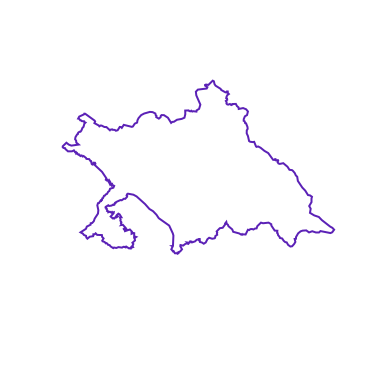 Bandung, Jawa Barat, Indonesia (Mercator projection), rotated 218°
{"feature_id": "22746128B73297609500416", "entity_name": "Bandung", "entity_type": "district", "adm_level": 2, "iso_a3": "IDN", "parent_name": "Indonesia", "parent_adm1": "Jawa Barat", "projection": "mercator", "projection_center": [107.664, -7.063], "detail": "fine", "context": "isolated", "style": "outline", "palette": "violet", "viewbox_px": 384, "rotation_deg": 218, "n_neighbors": 0, "source": "geoboundaries", "source_scale": "gbopen_adm2", "svg_char_len": 6101}
<svg xmlns="http://www.w3.org/2000/svg" viewBox="0 0 384 384"><g transform="rotate(218 192 192)"><path d="M255.0,91.6L252.3,92.0L250.7,91.6L248.5,92.2L247.2,91.1L245.7,90.8L245.0,93.9L242.7,96.3L243.7,98.0L242.7,98.6L242.5,100.1L240.3,99.8L236.5,102.6L235.2,101.3L233.1,101.0L232.8,98.4L232.1,98.1L230.2,98.8L228.3,98.5L228.1,99.0L226.9,99.2L225.7,98.7L224.2,99.4L222.7,99.0L219.5,99.3L219.3,100.2L217.2,101.3L216.0,103.3L212.9,105.1L212.3,106.6L211.2,107.1L211.0,107.6L210.1,107.6L210.1,108.5L206.8,108.8L206.3,109.7L205.4,109.8L205.5,110.7L204.7,112.0L205.9,112.0L205.5,113.1L205.9,113.3L206.2,114.9L207.7,115.3L207.1,118.7L208.9,120.4L208.3,122.2L209.5,121.8L209.9,120.9L212.2,124.0L212.9,123.7L213.9,121.9L214.2,122.3L213.6,123.0L214.9,123.3L215.0,123.8L217.9,124.2L220.7,119.9L221.6,120.6L220.9,122.4L221.4,122.5L223.3,120.1L222.5,122.9L226.3,123.6L227.5,122.3L227.5,123.0L228.9,123.7L229.0,124.7L230.8,125.3L231.4,126.5L233.1,127.6L233.1,128.2L232.3,128.7L235.2,129.8L236.7,129.6L237.0,127.8L235.4,127.1L235.9,125.6L236.9,125.9L236.8,123.5L237.0,123.1L237.8,123.1L238.2,122.4L241.0,122.6L240.7,127.1L241.2,127.9L241.8,127.0L242.7,127.1L242.8,126.1L244.5,125.9L245.5,124.5L246.0,125.1L247.1,124.8L247.2,125.3L248.8,125.8L248.9,126.3L250.3,126.4L250.2,127.0L250.8,127.3L249.8,130.0L248.8,129.9L247.0,131.8L246.5,133.3L245.6,133.6L245.4,134.2L245.9,134.4L245.5,136.3L245.9,136.4L245.4,137.8L243.5,141.5L242.3,142.2L241.5,144.8L240.4,145.5L240.2,148.2L240.6,149.0L241.4,149.0L241.8,150.3L241.5,151.2L236.5,153.8L232.9,154.4L221.6,153.6L215.1,152.4L210.9,152.9L206.0,152.2L202.1,150.9L189.3,151.5L181.7,147.6L179.9,146.3L174.1,138.2L173.9,137.7L174.4,137.2L173.7,137.3L173.0,134.1L170.3,133.5L170.1,134.1L167.8,133.2L166.2,134.3L166.2,134.8L165.3,134.6L165.0,135.9L165.5,136.5L164.7,137.9L164.6,140.7L167.9,142.1L168.4,143.1L166.0,144.3L165.2,147.3L164.4,148.3L163.0,148.8L163.0,149.3L164.4,149.4L163.0,150.2L163.1,152.0L161.9,152.6L161.4,152.0L160.8,152.5L159.2,155.0L158.9,157.2L158.0,158.4L157.3,158.3L157.6,159.2L157.0,159.7L155.0,157.5L153.1,158.3L150.9,158.5L150.1,160.7L150.8,164.3L150.3,166.5L147.3,167.6L145.7,169.4L145.6,170.1L146.5,171.7L145.8,173.8L146.9,174.7L147.1,175.5L148.3,176.1L147.8,180.6L145.8,182.7L145.9,187.1L146.5,187.5L146.5,189.5L145.1,188.3L143.6,188.3L142.2,187.5L137.3,187.3L135.0,186.0L129.3,188.4L127.0,188.7L126.7,189.6L126.0,189.4L125.3,190.4L123.6,191.5L124.7,196.7L123.5,197.2L123.2,198.6L121.9,199.8L120.5,200.3L119.9,201.9L118.7,203.1L119.5,205.3L118.8,210.3L116.8,211.1L112.8,215.0L109.7,215.4L108.8,214.4L103.1,212.5L100.9,214.0L99.8,212.2L99.2,212.3L97.6,211.0L95.2,210.5L94.5,209.9L92.3,210.9L89.7,210.0L87.6,209.9L86.4,210.6L83.7,209.5L80.9,209.6L79.7,210.9L79.5,213.9L79.8,216.3L82.2,218.2L81.3,219.2L82.3,220.5L82.9,224.8L82.2,227.9L81.0,229.7L78.3,232.1L74.9,232.2L73.1,235.1L69.4,236.4L67.0,238.3L66.7,240.3L57.6,244.9L56.7,246.6L56.8,249.8L59.3,250.2L61.9,249.8L72.3,249.8L76.7,250.4L81.3,248.8L86.2,248.2L88.2,251.9L91.0,253.1L91.6,257.6L93.8,260.4L94.5,262.1L96.9,262.0L98.7,261.0L103.6,262.8L107.8,263.4L115.4,265.9L118.5,268.8L120.4,269.0L122.7,270.2L125.6,270.8L126.7,270.8L128.9,269.5L132.3,270.7L137.8,270.9L140.1,268.2L141.4,267.7L143.1,268.3L143.3,269.7L143.9,270.0L145.4,268.6L146.4,269.3L146.8,268.9L146.4,268.3L147.9,267.3L155.9,269.6L160.2,269.0L165.2,269.1L167.9,268.6L168.9,267.3L169.6,267.3L173.9,269.8L174.9,268.7L177.1,267.4L178.4,267.3L182.3,270.5L185.0,271.9L186.8,274.3L187.0,276.0L188.3,277.4L191.7,279.4L192.5,279.0L194.0,280.1L195.1,279.9L196.1,281.3L196.9,284.2L196.0,286.5L197.5,289.9L200.3,290.5L203.4,289.6L206.3,286.2L207.4,287.3L209.5,287.4L211.7,288.4L214.3,286.2L214.0,285.8L214.6,284.7L216.3,284.7L217.3,283.1L218.3,282.7L219.3,282.9L220.0,284.1L221.4,284.6L221.0,286.3L221.9,287.2L222.8,287.0L223.5,288.5L223.8,290.2L223.3,291.9L224.8,292.1L225.7,293.2L226.4,292.7L226.2,291.6L227.1,291.1L231.8,290.4L233.0,290.9L238.9,290.3L240.7,290.9L242.9,292.7L244.2,292.5L245.0,286.5L247.1,285.3L247.6,284.4L247.2,283.9L244.4,284.1L244.1,282.6L250.4,276.3L250.7,273.4L248.1,270.8L239.2,266.0L237.6,261.9L238.6,259.2L238.0,258.1L240.8,256.4L241.3,255.6L242.6,255.6L242.7,254.8L243.9,254.1L244.9,254.2L247.5,252.0L245.2,249.2L243.7,245.9L245.1,243.3L248.3,239.7L249.5,236.2L250.7,235.1L251.0,233.6L256.7,235.7L261.4,235.3L263.3,233.9L263.5,232.9L262.8,231.6L263.3,229.4L266.3,229.0L266.9,230.1L267.7,230.1L269.2,231.3L272.2,230.7L274.5,229.2L278.0,224.4L279.4,221.3L279.6,217.3L279.1,214.9L278.0,212.9L279.2,210.6L278.9,207.3L279.5,206.3L287.1,202.9L286.8,199.3L288.1,199.4L289.0,198.8L288.6,194.9L289.7,193.4L291.0,193.4L293.0,192.1L293.5,192.2L294.7,190.8L294.7,190.1L299.4,190.5L301.0,189.3L304.1,188.7L304.9,188.2L305.4,186.7L306.4,187.0L311.3,186.2L311.8,188.0L312.8,188.3L324.4,187.9L325.1,187.4L324.9,186.7L327.3,182.0L326.9,179.8L326.2,180.2L324.2,179.7L323.8,180.1L322.5,180.0L320.5,181.3L320.0,180.8L318.7,181.1L318.9,179.6L317.6,176.6L317.8,175.1L317.0,172.3L317.0,170.8L317.7,170.3L318.2,168.7L317.6,167.3L318.0,166.7L317.6,163.5L316.6,161.6L314.9,161.1L313.6,159.7L310.5,159.6L315.6,154.3L318.2,153.5L321.3,153.5L322.0,148.5L321.6,147.8L320.5,147.6L318.9,148.4L318.2,147.9L314.7,147.7L311.5,150.3L310.7,152.1L308.8,151.4L308.4,151.9L307.9,151.5L307.6,151.8L306.8,151.0L306.4,151.9L305.1,151.4L304.3,152.0L303.9,151.6L302.1,151.7L302.1,152.4L301.4,152.9L300.1,152.6L299.6,153.6L296.5,153.6L295.6,153.1L293.2,154.6L291.1,153.9L290.7,154.2L288.2,152.3L287.3,152.3L286.6,153.3L287.6,154.5L286.4,155.3L285.5,154.8L285.4,153.4L275.3,152.5L268.0,150.1L267.5,148.6L266.4,148.6L266.2,149.4L264.6,148.9L264.7,150.3L262.6,149.5L263.2,148.5L261.0,147.4L260.9,148.5L260.2,149.1L259.8,148.0L259.0,147.6L258.4,148.7L257.1,148.9L256.6,147.0L258.6,144.1L257.8,141.9L258.2,140.5L257.8,138.2L258.4,137.2L258.5,135.3L259.0,134.8L258.4,132.4L258.8,131.7L258.1,130.5L258.5,130.0L258.2,129.8L258.6,129.1L258.1,128.7L258.7,127.9L258.5,126.0L259.2,125.3L258.4,123.2L254.6,120.0L252.8,117.1L252.3,111.1L251.4,108.5L251.6,106.1L252.6,105.0L251.8,103.8L253.6,100.0L252.9,97.7L255.0,91.6Z" fill="none" stroke="#5b21b6" stroke-width="2"/></g></svg>